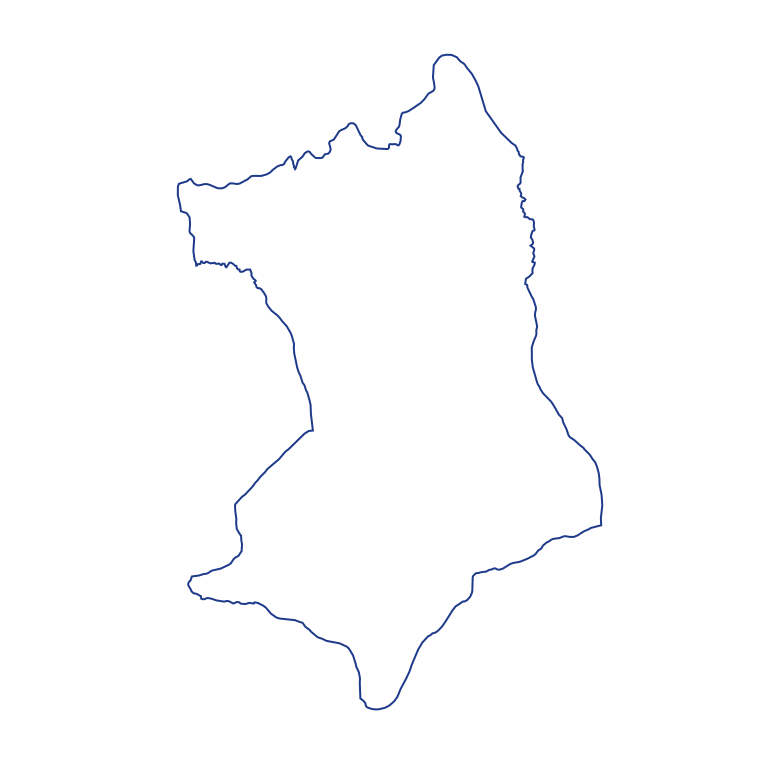 Shieb, Semenawi Keyih Bahri, Eritrea, rotated 86°
{"feature_id": "51966322B10496032300276", "entity_name": "Shieb", "entity_type": "district", "adm_level": 2, "iso_a3": "ERI", "parent_name": "Eritrea", "parent_adm1": "Semenawi Keyih Bahri", "projection": "orthographic", "projection_center": [39.092, 15.818], "detail": "fine", "context": "isolated", "style": "outline", "palette": "blue", "viewbox_px": 768, "rotation_deg": 86, "n_neighbors": 0, "source": "geoboundaries", "source_scale": "gbopen_adm2", "svg_char_len": 6146}
<svg xmlns="http://www.w3.org/2000/svg" viewBox="0 0 768 768"><g transform="rotate(86 384 384)"><path d="M169.9,574.5L172.4,575.8L181.3,576.5L191.4,574.9L197.5,574.5L199.7,569.0L204.2,566.3L211.1,566.3L217.2,567.3L219.6,567.1L223.3,563.8L225.0,563.1L238.0,564.9L247.0,564.3L249.8,563.1L252.8,563.1L252.8,562.3L251.5,561.4L251.4,558.9L248.9,557.8L249.0,557.2L250.1,556.6L250.7,555.6L250.8,554.6L249.7,553.2L249.7,552.1L251.6,548.8L251.3,547.2L251.6,545.8L251.2,544.6L252.5,543.1L252.3,540.3L254.1,538.1L254.0,537.7L252.7,536.9L253.0,534.7L254.7,534.3L256.4,533.6L256.6,533.1L252.3,529.8L252.2,528.4L253.6,526.2L255.5,524.5L255.9,523.1L258.6,522.4L259.4,521.7L259.7,520.1L261.3,520.1L261.8,519.7L262.2,518.7L261.9,516.5L260.3,513.4L260.5,509.6L264.0,508.4L266.5,508.7L269.4,507.3L271.9,504.8L272.3,504.8L273.6,506.4L276.1,504.9L278.6,504.3L279.4,503.5L279.8,502.5L279.6,501.9L280.7,500.0L285.0,497.2L288.4,495.6L290.1,495.4L295.1,495.8L298.5,494.2L303.0,491.1L308.6,485.1L311.1,483.2L314.0,481.4L319.6,477.0L326.3,473.7L329.9,472.5L337.6,471.0L342.8,471.5L347.1,471.4L361.2,469.5L365.6,468.5L370.3,466.7L377.5,465.0L379.2,463.6L384.8,462.2L387.2,461.1L395.3,459.4L400.0,458.7L408.6,459.0L425.5,458.2L425.6,462.3L428.0,466.8L442.3,483.6L444.7,487.2L451.5,493.8L460.8,506.4L463.7,508.9L467.9,513.8L471.6,517.1L473.8,519.6L475.5,520.8L478.5,523.7L484.3,530.0L486.8,533.7L493.5,540.7L494.9,541.1L500.7,541.2L508.3,540.7L512.1,541.2L518.3,541.0L524.1,538.1L525.2,537.2L531.0,537.2L533.8,536.8L540.8,537.7L545.4,541.3L546.8,544.5L548.0,546.1L552.2,549.3L553.3,550.9L556.8,559.9L557.9,567.4L558.4,569.3L560.3,572.6L561.0,575.2L560.9,576.9L562.1,581.7L562.6,589.1L566.3,590.6L567.9,592.4L569.2,593.1L571.0,593.3L576.6,590.6L577.4,590.6L579.5,588.4L580.3,585.5L583.1,581.3L585.3,581.4L586.1,579.6L586.1,578.0L585.5,576.6L585.2,574.5L586.4,570.4L588.2,566.2L590.0,558.4L589.5,556.4L589.7,554.3L592.5,549.5L591.2,546.2L591.6,543.8L593.1,542.3L593.7,538.6L593.8,537.4L592.9,533.6L594.0,529.3L592.8,528.4L593.6,525.1L596.8,519.8L598.8,517.5L605.3,512.7L609.4,507.7L610.7,504.5L613.3,489.5L615.9,483.8L616.4,482.0L620.8,479.3L623.9,475.6L626.3,473.8L632.0,467.8L634.0,463.1L636.2,459.4L639.6,446.4L643.5,439.3L645.6,437.4L652.6,433.8L661.4,431.7L664.0,431.4L669.7,429.2L676.0,428.5L680.3,429.0L696.1,429.5L698.3,426.9L700.9,424.9L703.5,424.6L704.6,424.1L705.9,422.4L707.6,418.0L708.1,413.6L708.1,411.6L707.1,405.7L705.4,401.6L703.0,398.2L700.9,395.7L696.9,392.4L689.2,388.6L679.0,382.2L672.5,378.6L665.6,375.7L651.4,368.5L644.5,363.7L638.9,357.8L637.9,355.4L636.1,352.9L635.9,351.2L635.0,349.0L633.7,347.1L630.1,343.1L625.1,339.1L614.4,331.3L610.8,328.0L606.4,320.2L606.7,319.2L605.5,316.3L602.3,312.9L598.5,310.9L596.3,310.3L582.9,309.0L581.5,308.3L579.9,306.5L579.1,305.1L579.1,302.5L578.6,300.9L578.2,295.0L576.8,292.1L576.4,288.9L575.7,287.6L575.7,285.8L576.8,284.1L577.2,282.9L577.2,281.3L576.5,278.4L572.4,270.7L571.6,267.9L570.8,260.8L568.3,253.1L565.4,246.4L564.1,244.6L560.8,241.7L559.1,238.6L556.4,236.8L553.5,233.0L552.7,230.8L550.7,227.3L550.3,226.0L549.9,219.6L548.5,215.4L548.5,213.3L549.4,210.0L549.8,205.3L548.6,201.6L544.9,194.8L543.2,189.9L542.0,187.6L540.1,177.2L532.9,177.0L520.3,174.7L509.6,174.7L499.8,176.0L493.7,175.7L488.1,176.0L481.8,177.2L476.7,178.8L473.7,181.0L469.1,183.5L463.0,188.7L461.6,189.5L459.0,192.5L453.0,198.3L450.2,202.1L447.8,203.6L442.4,204.9L434.5,208.0L430.5,208.6L426.9,211.6L417.3,216.2L413.4,218.4L404.3,226.0L400.1,228.4L398.8,228.6L394.7,230.7L392.0,231.4L377.7,234.4L370.1,234.8L357.6,234.0L351.4,231.5L346.4,228.9L343.4,228.3L341.9,228.5L337.2,227.2L326.1,228.7L322.5,228.0L320.3,227.2L317.8,227.2L309.9,229.1L307.3,230.5L297.8,234.2L295.2,234.3L294.1,236.2L289.0,235.1L286.9,231.5L283.8,228.1L279.4,227.9L275.9,225.8L274.0,225.1L273.3,225.2L272.7,227.4L272.1,227.6L267.7,225.2L267.0,225.1L263.8,226.0L260.8,224.8L259.3,224.8L256.2,228.2L254.7,225.9L253.2,225.4L250.4,225.9L248.3,227.3L245.0,226.6L241.6,225.0L241.3,223.3L240.2,223.0L237.4,223.6L233.2,223.1L230.7,223.7L230.1,224.5L229.7,227.1L227.6,229.2L227.5,231.2L226.9,232.4L225.1,231.7L223.7,231.6L221.6,233.2L219.6,232.9L219.0,233.2L217.8,234.6L217.1,234.9L213.2,234.0L211.6,233.2L211.2,232.9L211.3,231.1L209.8,230.0L208.1,231.5L207.5,233.2L206.0,234.5L204.8,233.9L203.4,233.9L199.9,235.4L198.8,235.2L198.4,236.3L197.0,236.8L196.1,236.9L194.7,236.0L193.5,234.2L192.7,233.7L187.5,233.4L181.1,230.5L180.0,230.8L174.2,230.4L172.6,229.7L170.1,229.7L168.4,228.8L167.7,228.7L167.1,229.4L166.4,232.0L164.0,233.4L161.8,233.5L160.3,234.6L158.5,234.8L155.4,236.2L152.4,239.9L141.6,249.6L119.0,263.4L93.9,269.1L87.6,271.5L80.4,274.9L74.3,279.3L71.1,281.1L69.8,282.2L67.3,285.5L63.1,288.6L60.4,293.7L59.9,298.8L60.5,303.5L62.3,306.2L69.3,312.1L81.8,313.8L86.9,313.1L92.2,312.8L93.6,313.3L95.0,314.4L97.5,319.5L102.7,323.8L106.3,327.9L113.4,340.3L114.5,343.9L114.7,346.3L115.6,347.4L121.4,349.4L126.0,350.3L128.4,351.1L131.1,353.8L132.8,354.7L134.5,354.1L136.2,350.9L137.4,350.0L138.1,349.9L142.6,350.5L145.8,351.8L146.8,352.6L146.8,353.9L146.0,354.7L145.4,356.1L145.5,358.8L145.1,361.4L145.3,361.9L146.1,362.3L148.4,362.5L149.1,362.9L149.8,363.8L149.8,364.6L148.6,374.5L145.3,382.7L144.4,383.9L139.0,387.9L137.1,388.6L136.1,388.5L134.2,390.0L123.8,394.1L121.8,396.5L121.5,399.0L122.3,401.0L124.5,402.5L126.1,404.6L127.9,409.5L128.8,411.1L136.7,417.0L138.1,421.0L139.3,421.8L140.2,421.9L145.1,420.9L146.5,420.9L148.5,421.8L150.2,423.3L150.8,427.0L153.9,429.6L154.2,431.0L154.0,434.7L153.7,436.3L152.9,437.3L149.3,440.7L147.2,442.0L146.8,442.8L146.8,444.4L148.2,446.9L151.6,449.5L155.0,454.0L162.5,457.0L163.4,457.7L161.1,458.8L160.2,458.6L157.5,459.3L155.9,459.1L153.3,460.4L151.1,460.7L150.4,461.5L150.9,462.8L152.5,464.5L155.0,466.8L157.7,468.5L158.4,469.9L158.5,472.0L159.6,475.4L162.7,480.1L165.0,482.7L166.6,486.1L167.9,491.8L167.3,499.4L167.4,501.9L170.3,505.8L173.9,513.8L174.3,516.5L173.4,520.6L173.1,523.5L174.2,525.5L176.3,528.3L177.2,530.5L177.5,532.7L177.3,535.1L176.6,537.3L173.3,543.7L172.4,546.0L172.0,548.4L173.0,555.3L172.1,557.5L170.6,559.5L165.9,562.5L166.6,564.5L168.0,566.1L169.9,574.5Z" fill="none" stroke="#1e3a8a" stroke-width="2"/></g></svg>